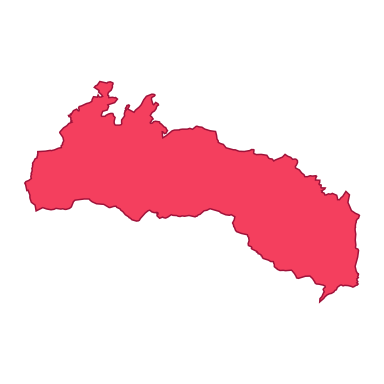 the district of Fildu De Jos, Salaj, Romania, rotated 179°
{"feature_id": "2599482B97947706093461", "entity_name": "Fildu De Jos", "entity_type": "district", "adm_level": 2, "iso_a3": "ROU", "parent_name": "Romania", "parent_adm1": "Salaj", "projection": "robinson", "projection_center": [22.992, 46.932], "detail": "fine", "context": "isolated", "style": "filled", "palette": "rose", "viewbox_px": 384, "rotation_deg": 179, "n_neighbors": 0, "source": "geoboundaries", "source_scale": "gbopen_adm2", "svg_char_len": 6001}
<svg xmlns="http://www.w3.org/2000/svg" viewBox="0 0 384 384"><g transform="rotate(179 192 192)"><path d="M323.2,253.6L320.1,248.9L319.4,245.3L320.7,242.9L320.5,242.1L320.8,241.4L321.9,240.8L322.0,239.8L321.8,238.7L324.9,238.1L328.8,236.5L332.1,235.8L333.0,236.1L337.8,235.4L345.5,235.1L345.5,232.8L345.9,231.6L345.7,231.2L346.4,229.8L346.3,228.9L348.4,227.8L349.4,225.7L350.9,223.6L350.7,222.1L351.0,221.5L350.9,220.8L351.1,219.5L351.7,218.4L351.4,217.6L351.6,216.9L351.4,215.9L352.5,213.4L352.1,212.3L352.5,212.0L352.9,210.0L352.4,208.3L355.0,206.4L357.9,205.3L358.8,204.1L358.6,203.9L359.0,203.7L358.2,202.0L357.1,196.3L355.9,196.6L354.6,193.1L354.1,191.6L354.2,189.7L354.0,188.2L352.8,184.5L349.1,181.6L348.2,175.8L341.5,179.0L337.7,177.6L333.3,176.7L330.3,177.1L328.3,178.0L323.4,177.2L321.5,177.5L319.2,176.8L317.8,176.9L314.7,177.8L312.9,179.2L310.7,184.4L309.1,185.9L299.9,186.9L295.7,186.8L294.6,186.6L294.1,185.6L291.9,183.9L287.7,181.9L280.4,181.2L275.1,177.9L274.2,177.9L270.4,179.0L268.2,179.1L267.5,178.0L264.3,176.4L263.5,175.1L261.4,173.5L259.0,170.4L255.8,168.3L255.4,167.5L254.0,166.8L252.6,165.3L248.0,163.9L246.2,164.1L245.1,164.7L244.1,166.4L239.1,171.8L236.3,174.0L234.7,174.5L234.0,174.2L232.7,172.9L230.1,172.0L227.5,172.2L226.6,171.9L226.4,171.2L227.4,170.7L226.7,170.2L227.4,169.3L227.3,168.7L224.8,166.3L221.9,167.4L220.4,166.7L218.8,166.4L216.5,167.4L213.1,169.7L211.6,169.0L207.6,168.7L206.3,168.0L204.3,167.7L202.4,168.3L199.8,167.9L195.4,168.6L189.3,167.1L188.8,167.6L187.5,167.7L186.0,169.1L184.4,169.5L180.3,173.0L177.4,173.5L174.3,175.0L165.0,172.1L163.5,170.7L158.6,168.6L154.9,168.1L153.2,168.7L149.6,166.5L150.3,163.4L152.0,160.3L151.1,158.5L150.9,156.8L150.1,155.7L149.2,153.0L148.5,152.1L148.1,151.6L143.3,149.7L137.4,148.3L136.9,146.6L136.0,145.3L136.1,144.3L135.9,143.8L135.8,142.2L136.8,139.4L136.5,137.5L133.6,136.2L133.2,135.6L133.6,134.6L133.4,134.2L128.2,131.4L128.0,131.2L128.3,130.8L127.2,130.2L127.0,129.2L125.3,128.7L124.0,127.8L123.9,127.0L123.1,126.6L122.7,125.1L121.9,124.3L116.6,122.5L114.5,121.1L111.9,121.0L111.5,119.3L111.0,118.3L111.0,115.9L109.3,114.4L108.4,114.0L108.2,113.3L105.4,112.0L102.0,112.1L99.9,111.7L94.1,112.1L93.5,111.8L90.9,108.5L89.4,105.8L88.9,104.3L87.1,103.8L80.1,105.8L75.6,105.9L73.0,103.4L70.7,99.7L70.6,99.0L69.3,97.9L66.6,97.6L62.4,96.6L60.6,95.6L60.4,94.6L62.1,93.2L62.6,92.3L61.5,89.8L62.0,89.4L64.0,85.1L65.9,83.2L66.2,79.9L62.1,83.3L61.1,84.7L58.8,86.7L56.5,87.8L54.4,88.2L52.0,89.5L50.8,91.1L49.4,91.7L48.3,94.2L45.3,96.3L44.1,96.4L42.6,95.5L40.9,96.0L37.5,95.7L33.9,94.7L33.3,94.2L32.1,94.3L29.4,95.9L28.5,96.0L27.5,97.1L28.8,98.3L28.1,98.8L28.2,99.2L27.8,99.7L28.7,100.9L28.5,101.9L28.7,102.2L27.2,103.5L27.9,104.3L27.0,106.4L27.1,107.4L27.7,107.3L29.2,110.0L30.2,114.8L27.5,124.0L26.5,130.7L27.1,132.0L29.1,132.8L29.5,133.8L29.1,136.1L29.6,141.1L29.0,147.0L29.6,151.1L29.5,153.3L29.1,153.9L29.3,155.0L28.9,157.6L28.4,158.7L28.3,160.3L27.2,162.1L26.0,162.9L25.0,165.7L26.0,166.5L28.9,167.8L32.9,170.6L36.3,178.9L34.6,186.4L38.1,189.9L41.4,185.0L43.0,183.8L44.7,181.7L46.2,181.8L46.6,181.8L46.7,183.5L47.4,186.2L51.8,188.2L52.3,187.8L53.9,187.4L55.5,187.8L58.1,186.7L59.4,186.9L59.7,188.4L62.2,189.6L61.6,190.8L62.1,191.0L59.3,192.6L58.7,193.7L62.7,193.9L63.0,194.5L62.7,196.1L62.9,196.9L64.4,197.0L64.9,197.8L64.2,199.1L64.0,201.5L68.3,201.8L68.1,203.7L67.3,205.2L67.9,205.2L67.8,206.1L71.4,205.8L73.6,206.2L76.3,205.3L79.0,205.4L79.7,207.3L82.0,209.1L84.3,212.2L88.0,214.2L88.2,215.8L87.1,217.2L86.0,219.5L86.0,221.4L87.0,222.7L88.3,223.2L90.8,222.9L92.7,224.9L95.7,226.1L98.3,228.0L101.0,225.3L108.3,222.5L109.7,221.6L111.3,223.6L113.4,223.9L114.6,224.4L116.5,227.4L122.1,228.4L127.1,228.3L129.3,229.3L129.7,229.8L129.3,233.0L129.7,233.3L131.8,233.4L133.6,232.4L139.0,231.6L144.2,231.9L148.0,233.4L149.9,233.5L157.2,235.6L159.8,239.0L162.8,240.0L164.9,241.2L164.9,242.6L166.1,244.6L166.5,248.4L167.4,252.1L172.7,252.9L178.2,254.7L180.9,256.6L183.9,257.0L185.9,257.7L186.8,257.5L190.4,254.7L193.1,255.7L195.6,254.9L200.5,255.0L203.0,254.7L203.4,254.3L208.6,254.2L210.8,253.5L217.0,248.6L220.2,246.7L220.5,248.2L220.7,252.8L220.2,252.7L218.4,250.8L216.7,251.5L216.5,252.2L215.4,253.8L216.1,254.6L217.2,256.9L218.7,257.5L221.4,260.4L223.0,261.4L223.1,262.4L223.4,262.7L227.3,263.4L229.1,263.0L230.3,261.7L232.0,261.3L232.5,261.7L232.5,262.4L231.4,263.6L231.2,264.4L229.6,265.7L231.1,268.0L232.0,268.6L232.4,269.3L230.5,272.2L228.1,273.7L226.5,275.8L225.9,277.9L225.2,278.8L224.0,279.5L224.1,280.2L224.5,280.8L226.7,282.2L228.7,279.9L229.5,280.5L230.9,285.0L230.8,286.8L230.6,287.2L227.9,288.6L227.3,289.5L227.6,290.0L228.9,290.4L230.5,290.5L235.9,288.5L238.6,285.1L241.2,280.2L243.1,278.0L247.1,274.8L248.6,272.7L255.0,276.2L253.8,277.6L253.0,279.5L253.7,280.2L255.6,279.6L255.7,278.9L257.1,276.8L257.0,276.2L256.4,276.0L256.4,275.1L257.5,274.6L257.3,273.9L257.7,273.5L258.3,271.5L258.1,269.2L261.1,265.3L261.2,262.8L261.0,261.7L261.4,260.9L261.8,260.5L263.4,260.1L267.3,260.2L268.0,260.7L268.6,262.3L268.6,264.2L267.6,267.9L269.1,269.4L269.5,271.3L269.9,271.9L271.9,272.0L273.9,271.5L276.6,270.2L277.6,269.2L280.7,269.2L281.3,269.7L281.2,271.0L279.9,274.2L275.3,275.5L273.8,279.1L274.7,280.6L267.8,282.7L264.9,286.2L266.7,287.8L267.2,287.5L269.9,288.1L273.5,287.8L273.7,289.9L274.5,290.2L274.5,291.2L273.8,293.0L271.0,295.3L269.7,298.2L269.8,300.2L269.1,301.3L269.1,302.3L269.4,302.6L271.8,303.6L274.2,303.2L275.2,302.4L282.2,304.1L284.8,300.6L286.7,299.7L287.9,298.3L283.3,295.2L283.1,294.8L283.6,293.6L280.8,291.0L279.7,289.2L281.5,288.5L283.1,288.6L284.2,290.6L285.0,288.5L288.8,289.0L290.2,286.3L290.6,284.4L292.9,283.0L295.9,282.3L301.0,280.0L303.3,279.4L303.9,278.1L303.3,276.1L303.7,275.1L304.5,275.3L305.9,276.9L309.1,275.4L310.6,273.0L312.0,272.1L311.4,271.6L311.6,271.2L314.1,270.7L313.7,270.1L313.8,269.6L312.3,269.1L311.9,268.6L311.8,265.8L311.0,265.2L311.8,264.5L310.9,263.9L314.0,262.6L315.9,260.5L319.3,258.4L323.0,254.4L323.2,253.6Z" fill="#f43f5e" stroke="#9f1239" stroke-width="1.5"/></g></svg>